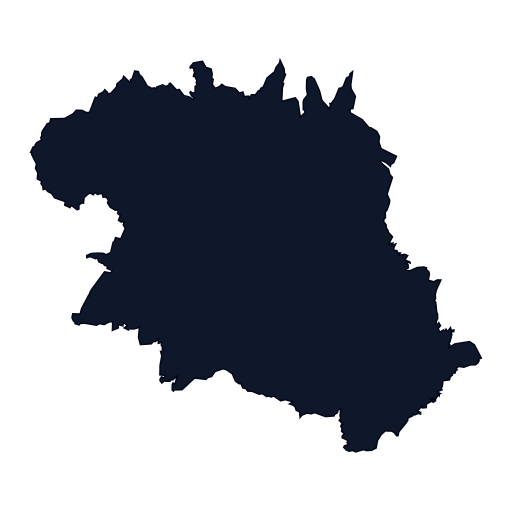 San Gabriel, Jalisco, Mexico (Equal Earth projection)
{"feature_id": "50627088B86514421558272", "entity_name": "San Gabriel", "entity_type": "district", "adm_level": 2, "iso_a3": "MEX", "parent_name": "Mexico", "parent_adm1": "Jalisco", "projection": "equal_earth", "projection_center": [-103.749, 19.704], "detail": "fine", "context": "isolated", "style": "filled", "palette": "ink", "viewbox_px": 512, "rotation_deg": 0, "n_neighbors": 0, "source": "geoboundaries", "source_scale": "gbopen_adm2", "svg_char_len": 5934}
<svg xmlns="http://www.w3.org/2000/svg" viewBox="0 0 512 512"><path d="M396.5,156.3L381.1,148.7L378.9,142.2L379.5,136.5L376.8,131.4L371.0,127.8L369.2,127.8L362.3,119.7L350.0,112.6L350.2,108.8L352.9,108.6L355.4,96.3L351.2,88.9L350.8,84.5L352.6,71.6L350.1,73.7L349.6,76.2L346.5,78.0L343.4,86.0L341.5,87.9L339.1,88.3L334.9,98.6L331.1,103.6L329.9,103.6L330.4,105.0L329.6,109.0L321.9,100.3L319.5,90.8L314.3,79.1L311.4,76.7L307.6,77.4L306.7,79.9L306.5,88.9L307.5,95.0L304.0,99.4L303.2,101.8L303.3,109.8L304.6,110.0L305.0,112.6L300.3,117.0L298.0,101.4L295.2,97.8L282.3,101.2L281.8,100.1L282.4,87.8L283.7,83.6L282.5,82.4L285.6,74.3L284.5,73.6L284.1,68.8L280.1,60.1L279.6,62.9L276.1,67.3L274.5,71.8L267.1,77.9L263.3,86.9L261.0,88.2L259.4,91.0L258.4,90.8L255.4,94.8L251.5,94.7L249.0,98.5L248.5,96.1L244.3,96.6L242.9,92.0L239.3,93.0L235.1,88.4L225.2,86.7L221.9,84.3L219.1,86.8L215.1,88.3L212.3,84.4L213.2,79.3L211.7,78.1L212.2,74.0L211.1,69.0L205.8,67.3L202.5,61.3L193.4,62.9L190.0,67.1L190.3,68.2L192.1,67.4L194.3,69.3L193.8,70.2L194.9,73.7L193.9,74.0L193.4,76.3L195.0,76.8L196.9,80.6L196.2,82.6L197.1,84.7L195.1,86.6L195.1,92.2L192.7,93.2L190.6,91.6L189.9,92.5L191.5,95.7L194.1,98.0L193.2,99.5L189.3,96.9L183.8,95.6L179.2,89.4L176.7,90.1L170.2,83.1L169.1,83.8L169.0,85.2L165.3,86.4L162.8,84.8L156.8,87.0L155.7,88.7L154.3,87.8L151.8,88.4L147.2,85.9L142.0,77.0L139.3,74.6L138.4,71.6L134.7,71.0L132.2,78.6L130.3,80.0L130.9,82.2L129.6,82.2L123.7,76.3L122.6,79.1L117.0,83.8L116.5,87.0L110.9,93.2L107.6,93.9L107.4,92.3L104.8,89.7L103.0,92.1L98.7,94.3L97.5,97.9L95.3,97.2L89.6,112.3L86.5,112.6L82.1,110.4L76.2,110.2L73.3,113.7L64.6,118.5L50.7,118.8L49.9,122.8L47.3,123.7L42.6,130.8L41.7,133.0L41.7,136.3L40.8,137.4L41.5,140.0L36.7,142.6L35.0,145.2L35.2,146.6L33.1,147.0L30.7,152.2L31.8,151.9L31.6,154.3L36.5,164.0L35.5,168.4L37.8,172.9L37.3,178.9L41.7,181.2L41.0,183.5L42.8,186.4L43.2,189.6L45.3,188.8L48.2,191.8L51.4,193.2L54.6,197.8L65.3,201.6L64.7,205.1L70.0,207.6L70.5,205.8L72.6,206.3L77.2,209.8L78.9,209.1L78.9,205.1L81.5,203.0L83.5,203.2L84.1,197.7L87.9,194.2L90.1,193.0L93.2,194.8L95.1,192.5L97.5,194.4L101.9,193.3L103.2,197.3L105.5,197.0L107.3,198.4L108.4,200.5L107.5,202.8L110.2,207.2L115.3,210.2L118.3,209.9L117.7,213.5L120.3,215.6L118.5,220.3L121.1,222.0L124.3,221.8L123.2,224.8L125.3,228.3L120.7,238.9L115.6,237.6L114.4,241.2L113.1,242.3L110.7,252.4L106.4,254.7L102.9,253.3L97.6,253.1L91.1,253.5L86.7,255.5L86.8,257.7L89.9,256.6L95.6,258.7L97.1,257.7L98.9,261.8L101.8,263.3L102.5,262.6L104.7,265.4L107.5,266.1L107.1,268.4L112.0,270.6L111.0,273.0L104.6,271.8L91.4,289.7L89.8,292.7L89.7,295.0L89.2,294.3L88.5,295.4L81.5,308.8L80.2,314.0L72.7,313.8L72.0,317.8L73.4,320.9L76.3,323.5L75.6,323.8L79.1,324.9L80.1,323.4L85.2,323.3L96.5,325.2L99.7,323.6L104.2,324.6L109.1,321.9L112.0,321.8L112.7,322.1L112.4,330.4L118.4,327.9L117.9,324.6L122.9,325.9L123.3,322.5L127.6,325.5L124.2,327.9L128.5,330.0L128.6,328.9L134.2,328.9L139.4,327.4L138.5,337.4L140.4,344.6L151.3,343.8L153.4,341.5L155.4,341.6L158.4,339.0L158.3,343.3L162.1,342.2L161.2,345.0L162.4,346.9L162.3,351.8L160.6,351.4L161.8,355.8L160.1,365.1L159.9,374.9L165.2,375.4L164.1,378.1L161.5,376.8L160.0,379.3L160.2,381.0L161.9,383.0L164.0,381.0L169.3,381.4L170.2,381.0L170.0,379.7L172.8,379.9L177.6,375.5L174.7,384.3L173.0,383.0L172.3,384.4L172.2,390.1L173.4,391.1L174.2,389.9L182.0,389.7L194.6,378.0L205.9,379.4L207.8,377.5L211.6,376.5L215.1,371.5L222.8,368.8L226.3,369.6L232.4,373.9L235.4,381.1L238.9,383.6L241.0,383.8L242.8,387.9L245.8,388.6L247.7,391.1L252.1,391.3L259.2,394.2L262.3,393.6L266.8,396.6L268.5,396.0L271.2,397.0L273.7,396.0L280.7,400.8L285.2,399.7L293.1,401.8L289.5,403.9L293.5,405.3L295.2,407.0L296.2,410.3L299.6,411.9L300.1,417.4L301.9,415.2L306.9,413.1L311.5,413.8L314.5,412.6L325.6,416.6L334.2,415.9L334.5,414.5L337.4,412.7L338.1,410.1L340.8,408.7L340.0,416.0L340.7,418.3L339.2,420.4L343.1,424.4L342.4,425.3L341.5,424.7L340.8,426.2L342.0,428.6L341.6,431.3L344.3,433.7L342.3,435.9L342.1,437.7L348.3,440.7L347.0,442.4L348.4,444.6L344.5,445.8L343.7,447.3L346.5,450.2L349.3,451.2L352.6,450.5L355.7,451.9L363.5,449.6L366.5,450.6L371.6,450.3L376.1,448.0L377.5,440.5L381.2,434.6L385.2,430.9L391.8,431.1L394.4,432.7L396.5,435.7L398.0,435.7L398.9,431.7L406.2,422.8L407.8,420.1L407.8,418.2L412.7,415.8L412.8,413.8L414.4,415.0L418.2,413.5L420.6,414.1L420.6,412.3L417.4,411.2L422.1,405.9L422.3,407.9L426.2,407.6L426.5,404.0L431.5,401.2L429.9,398.2L432.1,399.5L432.3,401.8L433.1,402.1L433.3,398.3L434.9,399.7L434.6,401.4L435.5,400.8L435.6,398.8L438.0,395.6L437.6,393.9L439.2,395.7L439.3,394.1L440.4,393.6L437.0,391.9L442.0,389.8L441.2,388.3L442.3,386.4L442.9,380.7L449.4,379.9L450.3,376.7L452.4,375.2L452.2,373.6L455.2,372.9L455.3,371.4L457.2,369.6L456.0,368.0L458.9,366.5L463.9,367.2L470.3,364.9L475.4,364.8L477.8,363.0L479.1,360.7L478.5,359.2L481.3,358.1L474.4,344.8L469.5,341.6L454.9,343.9L447.6,348.3L449.9,344.9L448.8,343.1L450.0,341.9L451.8,334.7L451.1,332.0L453.8,331.6L454.0,330.0L451.2,330.3L450.5,327.6L448.0,330.9L447.0,330.9L446.1,329.2L445.2,331.0L443.2,330.7L443.4,330.0L439.9,332.1L438.1,328.6L440.5,325.7L438.8,322.7L437.4,324.9L436.0,322.2L437.7,318.5L437.5,313.8L436.7,312.3L435.8,302.7L434.4,300.3L435.5,298.7L435.3,294.4L436.5,289.6L440.9,280.0L437.4,279.9L433.7,281.8L428.2,280.1L429.4,274.1L428.9,271.9L426.1,269.1L426.5,267.8L423.7,267.0L417.3,267.5L409.8,270.8L406.0,270.2L406.0,268.8L408.4,267.9L408.0,264.5L406.0,263.5L408.3,262.3L410.1,263.0L409.8,261.9L404.8,260.0L407.7,255.6L404.9,254.3L399.0,255.3L400.4,253.0L397.6,252.9L397.0,250.6L393.7,250.3L394.0,247.3L395.7,244.0L392.0,245.4L393.0,243.1L388.9,243.7L392.5,236.8L388.1,232.0L388.1,230.7L386.2,227.8L386.1,224.7L383.7,221.6L383.8,219.5L385.5,217.6L385.2,212.3L387.0,210.0L389.4,203.3L389.7,200.3L387.1,194.1L392.4,177.5L389.9,174.5L388.5,169.1L381.9,163.5L380.3,161.1L381.7,160.5L386.1,162.6L390.4,166.3L390.8,164.4L393.6,162.7L396.5,156.3Z" fill="#0f172a" stroke="#020617" stroke-width="1.5"/></svg>